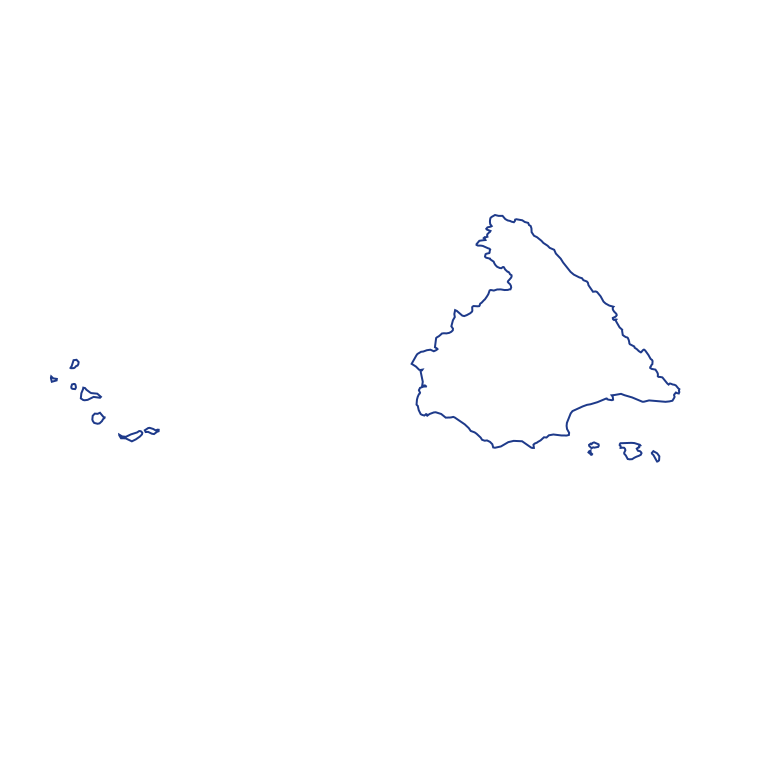 Spain, orthographic projection, rotated 40°
{"feature_id": "ESP", "entity_name": "Spain", "entity_type": "country or territory", "adm_level": 0, "iso_a3": "ESP", "parent_name": "Europe", "parent_adm1": "", "projection": "orthographic", "projection_center": [-5.186, 35.705], "detail": "fine", "context": "isolated", "style": "outline", "palette": "blue", "viewbox_px": 768, "rotation_deg": 40, "n_neighbors": 0, "source": "natural_earth", "source_scale": "50m", "svg_char_len": 6176}
<svg xmlns="http://www.w3.org/2000/svg" viewBox="0 0 768 768"><g transform="rotate(40 384 384)"><path d="M510.1,177.3L510.1,178.2L511.0,179.5L511.8,180.0L513.6,180.6L516.8,180.9L518.0,181.6L518.2,182.8L517.9,184.1L516.8,186.3L517.3,186.8L517.9,187.2L519.1,187.1L520.1,185.5L520.5,185.3L520.5,185.8L520.8,186.5L523.1,187.4L528.1,189.2L531.6,189.3L532.1,190.1L535.4,193.0L537.5,192.9L539.2,192.6L540.4,192.0L541.2,192.0L543.2,193.0L544.6,194.0L545.9,195.2L546.7,195.5L551.6,194.4L552.7,195.1L555.2,194.8L558.1,195.0L560.4,194.7L560.6,194.4L560.6,191.7L560.9,190.7L561.4,190.4L562.8,190.5L567.9,191.8L572.1,193.4L573.9,193.3L575.0,193.8L576.8,196.3L576.7,197.6L577.1,199.0L577.1,200.0L577.6,200.6L579.3,200.4L582.7,198.5L586.0,199.5L587.4,200.3L588.8,202.1L589.7,202.1L591.0,201.1L593.0,200.0L600.7,201.5L602.4,201.5L602.6,200.0L603.3,199.5L605.5,198.8L607.0,197.9L608.6,197.5L612.4,198.2L613.6,198.1L614.3,199.7L615.4,200.3L615.9,201.8L614.2,202.7L613.1,202.9L613.1,205.6L613.6,206.3L614.7,206.9L615.1,207.6L615.7,211.4L613.8,213.9L611.1,216.7L597.6,226.2L594.5,230.5L593.3,231.5L582.7,234.8L575.4,238.0L571.9,239.2L567.7,244.2L565.7,246.3L567.4,246.7L569.6,248.8L569.0,249.9L566.2,251.6L564.9,252.2L564.2,251.9L563.6,252.2L559.2,260.7L555.2,266.8L552.9,269.5L550.6,273.5L545.8,283.6L545.9,286.5L549.1,296.2L550.8,298.7L553.1,300.8L557.2,302.4L558.4,304.2L557.1,306.0L553.1,309.3L546.2,313.8L543.3,317.3L542.9,320.5L540.8,322.0L540.2,326.5L539.1,329.5L538.9,330.5L537.7,332.8L537.5,334.4L539.9,336.6L538.8,337.6L537.7,338.1L526.6,339.1L519.9,344.2L516.6,348.6L513.7,356.7L510.0,361.5L508.4,362.4L505.7,360.5L502.4,360.2L499.2,361.0L497.6,362.7L495.0,363.7L492.4,362.9L486.9,362.6L484.5,362.8L480.6,364.2L477.3,363.3L471.8,363.0L459.7,364.2L458.2,364.7L456.7,366.7L452.9,370.1L447.1,370.2L441.8,372.4L440.4,373.8L438.2,377.7L437.5,380.5L437.0,380.5L436.5,379.8L435.6,380.0L435.2,382.2L433.2,383.1L431.5,383.5L427.4,381.7L424.0,379.1L422.2,378.9L419.3,374.8L418.1,372.2L417.3,369.4L417.5,368.4L417.2,367.5L414.7,366.3L414.1,363.8L416.0,360.5L417.5,359.1L418.5,358.7L416.2,358.8L414.4,360.9L412.3,357.4L403.7,350.6L404.3,349.1L404.2,348.3L402.8,350.0L401.7,350.5L397.3,350.1L392.2,350.8L390.4,341.2L390.3,339.5L391.7,335.5L393.2,333.9L395.1,330.6L397.5,327.9L401.1,326.9L402.1,324.8L402.6,322.9L402.3,322.7L399.4,323.1L394.4,315.3L394.6,314.0L395.3,312.2L395.7,309.9L395.9,308.1L397.3,306.6L399.3,305.1L401.1,302.9L402.0,300.7L402.2,298.7L401.3,297.3L398.5,296.5L395.8,290.8L395.2,287.2L392.9,285.2L391.0,281.7L392.8,281.2L400.0,281.3L401.8,280.4L403.1,278.1L404.6,274.3L404.9,271.9L404.5,271.0L402.2,268.5L402.1,267.8L402.5,266.7L405.9,264.2L406.9,263.1L406.7,262.1L406.2,261.2L406.1,260.3L406.5,259.2L406.7,255.4L406.9,254.4L406.6,251.0L406.2,248.2L404.8,244.5L405.1,243.7L405.8,243.1L408.1,241.8L409.9,238.9L412.6,236.5L416.0,234.5L418.4,232.3L419.4,230.7L420.0,230.2L419.4,228.3L418.1,227.2L416.3,226.5L414.4,226.5L413.2,226.2L412.9,225.4L413.0,223.0L413.0,220.7L412.6,219.6L411.8,218.7L410.0,218.9L408.5,218.3L407.3,218.1L406.6,218.6L403.2,218.4L400.8,217.5L400.2,217.7L399.8,218.2L399.5,219.8L398.2,220.7L395.4,221.5L393.1,221.3L391.1,220.7L389.4,219.8L385.2,220.2L384.7,219.8L381.1,221.6L379.8,221.6L379.4,221.4L378.4,219.3L378.7,218.4L380.5,216.0L380.3,215.3L379.7,214.5L379.1,213.3L378.9,212.7L377.8,212.6L376.6,213.1L371.0,214.7L369.1,215.8L367.0,217.6L365.5,218.0L365.0,217.4L365.0,213.0L367.5,210.2L369.2,208.5L368.4,208.1L366.6,208.1L366.8,206.7L367.7,206.1L368.6,204.7L367.6,204.0L366.9,203.0L367.1,200.4L367.4,199.4L367.2,198.3L363.5,199.6L362.6,199.4L362.6,197.5L364.7,194.7L365.0,193.8L362.7,193.3L361.0,191.8L360.0,190.5L358.9,188.6L359.0,187.0L360.4,183.2L363.6,181.6L366.7,179.0L370.9,179.7L373.6,179.2L375.9,178.0L377.3,177.7L379.5,176.6L379.5,175.0L378.8,173.8L379.5,172.7L384.7,169.7L387.7,169.4L390.9,167.9L392.9,169.0L394.8,168.7L396.9,170.0L399.5,172.8L403.6,174.0L406.8,173.2L412.6,173.1L415.4,173.5L420.5,172.9L423.4,173.2L428.1,171.8L431.8,173.6L438.8,174.4L443.1,175.8L454.9,178.2L459.1,178.2L465.1,176.8L467.7,175.7L470.0,176.3L473.4,175.1L475.0,175.3L477.2,176.9L484.8,179.0L486.7,177.0L488.2,176.6L493.6,177.6L499.2,179.8L502.0,179.9L506.2,179.1L510.1,177.3ZM619.2,271.1L621.4,271.9L623.4,270.9L624.6,271.0L625.7,271.4L626.2,273.1L625.4,275.2L624.2,277.3L623.2,279.5L622.4,282.1L620.6,283.8L618.9,284.8L615.1,283.3L612.9,283.0L612.2,282.3L611.5,279.6L610.4,278.8L609.0,278.5L607.8,279.3L606.3,280.9L605.3,279.5L603.9,279.4L603.3,278.5L603.2,277.4L611.4,270.0L613.8,268.3L619.1,266.1L619.9,266.3L619.3,267.4L619.4,267.9L620.1,268.3L620.0,269.1L619.4,269.8L619.2,271.1ZM169.8,580.6L167.2,586.6L165.1,588.9L163.9,589.6L161.0,589.9L158.1,585.6L156.8,581.5L156.0,580.1L157.6,579.3L159.7,579.7L164.5,579.4L165.5,579.2L170.6,575.7L175.4,575.8L175.3,577.1L169.8,580.6ZM221.0,591.7L217.4,594.6L214.2,593.5L213.7,593.0L217.0,592.5L220.2,590.4L222.5,585.3L226.0,579.8L226.7,577.4L228.0,576.5L229.7,576.6L230.3,576.8L231.0,578.2L230.8,581.1L229.5,585.9L227.7,590.0L221.0,591.7ZM191.7,589.5L191.4,591.6L191.8,593.8L191.4,597.0L190.1,598.6L187.0,600.1L184.7,599.5L183.4,598.7L181.3,595.6L181.5,592.6L183.8,590.9L184.9,588.6L190.5,589.6L191.4,589.1L191.7,589.5ZM234.1,572.3L232.3,574.0L230.5,573.2L231.7,569.3L232.7,568.2L236.1,566.8L238.9,566.3L239.9,564.5L240.8,563.9L241.7,565.1L240.9,566.3L240.0,570.2L238.1,571.3L234.1,572.3ZM643.4,267.5L643.0,267.9L636.2,265.3L634.0,265.1L633.5,264.7L633.5,262.3L637.8,261.5L641.4,262.4L643.6,265.4L643.8,265.9L643.4,267.5ZM134.1,573.1L133.5,573.2L133.2,570.9L130.9,565.3L132.9,563.1L136.0,563.5L137.1,565.3L137.4,567.0L136.7,567.9L136.6,570.0L136.2,571.2L134.1,573.1ZM584.9,298.1L584.3,299.8L580.9,299.5L580.2,298.8L580.7,296.8L581.7,296.6L581.6,295.2L582.5,293.7L587.1,292.3L588.2,293.2L588.5,294.5L586.0,297.6L584.9,298.1ZM148.4,588.0L147.4,588.1L146.3,587.3L145.3,584.9L146.3,583.4L147.1,582.8L148.2,583.0L150.1,584.5L150.6,585.8L150.6,586.5L148.4,588.0ZM130.9,591.7L128.1,595.8L125.3,593.8L124.7,593.1L124.2,592.1L127.0,592.3L130.1,590.4L130.9,591.7ZM588.6,304.7L588.2,305.1L586.7,304.9L584.6,305.0L584.4,303.9L585.0,302.3L586.5,303.8L588.5,303.9L588.6,304.7Z" fill="none" stroke="#1e3a8a" stroke-width="2"/></g></svg>